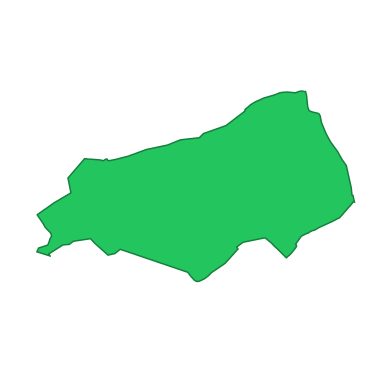 Ar Rahad, North Kordufan, Sudan (Robinson projection), rotated 264°
{"feature_id": "16777658B34397203362025", "entity_name": "Ar Rahad", "entity_type": "district", "adm_level": 2, "iso_a3": "SDN", "parent_name": "Sudan", "parent_adm1": "North Kordufan", "projection": "robinson", "projection_center": [30.672, 12.815], "detail": "fine", "context": "isolated", "style": "filled", "palette": "green", "viewbox_px": 384, "rotation_deg": 264, "n_neighbors": 0, "source": "geoboundaries", "source_scale": "gbopen_adm2", "svg_char_len": 2871}
<svg xmlns="http://www.w3.org/2000/svg" viewBox="0 0 384 384"><g transform="rotate(264 192 192)"><path d="M268.7,253.5L266.7,252.8L264.6,249.3L254.5,232.7L248.9,209.5L245.2,204.9L245.1,186.1L241.2,172.3L241.1,171.1L239.0,150.9L234.7,134.0L234.7,133.9L234.4,133.0L232.3,118.8L231.8,112.5L232.3,111.4L233.4,111.2L233.8,110.0L233.3,108.9L232.4,107.3L233.6,103.5L235.0,96.0L235.4,93.1L236.4,88.7L218.9,70.1L203.9,71.5L203.0,69.8L195.6,53.6L194.6,51.8L194.5,51.6L190.1,43.9L190.1,43.7L185.7,35.9L185.4,35.7L176.3,40.6L172.5,42.2L170.2,43.8L166.6,46.7L164.5,47.6L162.7,47.7L162.4,47.4L160.3,45.9L157.5,44.7L155.0,43.4L154.3,42.9L152.3,33.6L148.7,31.5L145.3,39.4L143.2,44.2L143.3,44.2L145.3,43.0L152.8,58.0L152.8,60.6L152.7,64.4L155.4,68.9L156.2,86.2L151.1,90.0L138.0,101.9L138.8,108.8L142.5,114.6L136.2,128.4L135.6,129.6L112.6,179.4L108.0,182.2L104.1,185.1L102.7,186.9L102.5,188.1L102.4,189.2L103.0,191.5L104.6,195.7L107.0,199.6L109.7,202.8L117.6,217.5L130.5,231.8L132.6,230.7L136.7,237.6L138.8,259.7L138.8,259.9L132.9,265.7L129.7,268.1L127.0,270.5L118.7,277.3L117.8,278.1L117.7,278.0L117.2,278.5L117.3,278.7L116.9,279.0L116.7,279.2L117.1,279.6L117.5,280.0L119.2,282.5L120.7,284.4L125.8,289.4L127.4,290.4L128.3,289.9L127.9,289.6L128.0,289.7L128.3,289.9L128.7,290.1L129.5,289.7L130.6,290.8L134.2,294.0L135.5,295.0L136.7,296.3L138.3,300.5L138.5,301.0L138.8,301.9L138.9,302.0L138.9,302.8L138.9,303.1L140.0,305.0L140.9,307.4L141.3,309.9L141.3,310.0L143.5,314.9L144.6,318.2L146.2,323.0L148.2,328.9L149.5,332.2L149.5,332.4L150.1,333.5L150.9,336.1L151.3,336.5L151.7,336.9L154.2,339.7L154.8,340.3L155.5,341.0L156.2,341.8L157.0,342.7L157.5,343.2L158.6,344.4L158.8,344.6L159.4,345.2L159.6,345.4L160.3,346.2L161.7,347.7L162.5,348.5L162.7,348.8L162.9,349.0L164.1,350.3L164.6,350.4L164.8,350.6L165.0,350.7L165.2,351.0L165.2,351.3L165.1,351.6L165.1,351.8L165.1,352.3L165.0,352.5L166.9,352.3L168.6,352.1L169.9,351.9L170.0,351.9L170.4,351.9L170.9,351.8L171.3,351.8L171.6,351.7L171.8,351.7L172.1,351.0L172.2,350.9L172.3,350.8L179.7,350.8L200.6,348.4L202.2,348.2L208.3,344.8L211.7,343.3L213.0,342.7L216.7,341.2L223.1,337.5L227.4,335.0L235.8,331.5L243.5,329.2L247.1,328.1L254.5,327.4L256.7,326.3L257.0,325.6L257.1,325.4L257.6,324.1L258.7,320.8L259.7,318.7L260.5,317.1L261.1,316.9L264.3,316.0L265.9,316.0L273.4,316.0L273.9,316.0L275.2,316.1L279.5,315.5L280.1,315.4L280.1,314.3L280.6,313.0L280.8,312.6L280.9,312.2L280.9,311.0L280.9,310.5L280.9,309.7L280.9,309.4L280.8,309.0L280.3,307.0L279.9,305.1L280.0,304.2L280.2,303.3L280.5,302.0L280.6,301.6L280.8,300.6L280.9,300.1L281.5,296.9L281.5,295.1L281.6,294.7L281.6,291.7L281.5,290.0L281.5,289.8L281.0,288.1L280.4,286.0L280.1,284.8L279.8,283.5L279.7,283.2L279.2,280.1L277.9,273.1L276.3,268.3L275.2,264.8L274.0,262.2L273.1,260.3L272.5,259.1L271.3,257.5L269.7,255.2L269.1,254.1L268.7,253.5Z" fill="#22c55e" stroke="#15803d" stroke-width="1.5"/></g></svg>